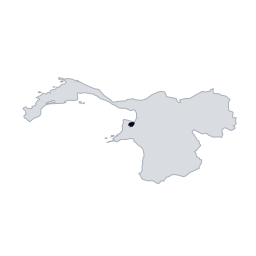 location of Ban Bueng, Chon Buri, Thailand, rotated 98°
{"feature_id": "78962969B10446742029293", "entity_name": "Ban Bueng", "entity_type": "district", "adm_level": 2, "iso_a3": "THA", "parent_name": "Thailand", "parent_adm1": "Chon Buri", "projection": "natural_earth1", "projection_center": [101.2, 13.24], "detail": "fine", "context": "in_parent", "style": "filled", "palette": "ink", "viewbox_px": 256, "rotation_deg": 98, "n_neighbors": 0, "source": "geoboundaries", "source_scale": "gbopen_adm2", "svg_char_len": 4737}
<svg xmlns="http://www.w3.org/2000/svg" viewBox="0 0 256 256"><g transform="rotate(98 128 128)"><path d="M111.0,22.9L111.2,24.0L112.1,22.6L113.4,21.9L115.8,24.9L116.1,26.2L114.3,31.0L114.6,32.7L115.7,34.0L117.1,34.7L118.5,34.5L121.3,33.1L124.3,34.0L124.1,37.2L125.2,42.3L123.7,47.5L122.2,50.0L123.3,52.3L123.4,54.4L120.5,62.4L121.1,63.0L122.9,63.9L123.7,63.7L126.7,60.5L130.1,58.0L131.2,55.9L133.3,55.2L135.1,53.4L139.5,56.6L140.7,56.9L141.2,57.5L141.5,58.8L142.0,59.0L143.8,57.2L146.8,56.0L148.0,53.2L149.4,52.4L149.2,51.0L149.7,50.5L152.1,50.4L155.8,51.8L157.1,52.2L157.8,51.8L163.7,60.8L167.5,64.2L168.4,66.5L167.6,72.5L167.7,75.9L168.5,78.6L170.2,80.4L171.4,83.0L175.8,85.5L175.4,86.1L175.7,87.7L178.5,89.6L178.7,90.3L178.4,92.7L177.2,94.5L176.9,96.0L176.9,97.9L177.6,100.7L176.8,106.5L175.1,108.1L173.0,109.3L171.8,110.9L171.0,110.5L170.5,108.9L168.2,108.0L163.7,108.8L161.4,108.4L158.4,109.0L155.4,108.8L153.7,108.1L148.7,109.4L146.7,110.5L145.2,112.2L143.0,116.4L140.7,119.1L140.7,120.1L137.9,120.8L138.1,124.4L139.7,128.4L140.2,133.3L143.3,136.8L142.7,139.3L143.1,141.7L145.5,147.2L143.8,144.6L143.4,142.8L141.3,140.1L140.7,141.4L138.2,139.3L137.2,137.3L136.8,138.2L134.4,135.3L132.0,133.8L130.6,133.0L127.1,134.1L122.8,133.3L121.1,134.0L120.4,133.6L120.0,132.7L121.2,122.3L117.4,121.1L116.7,120.4L115.9,121.2L112.2,121.6L109.5,123.5L109.2,125.1L110.4,127.9L108.9,133.0L109.4,137.9L109.2,140.5L107.3,143.9L106.8,146.6L104.7,150.7L103.3,155.9L102.9,159.0L100.4,163.6L99.8,166.2L98.9,167.2L99.3,169.3L98.9,175.6L100.4,180.2L100.0,182.4L101.7,183.1L105.8,181.7L107.2,182.1L108.1,184.6L109.1,192.1L110.8,194.4L111.3,193.3L112.1,194.5L112.7,196.7L114.9,208.6L116.0,211.7L114.7,211.0L113.9,207.2L112.7,207.1L113.2,204.7L112.4,203.8L111.2,204.5L111.2,206.4L114.5,212.3L116.5,212.5L119.1,215.1L121.9,217.0L125.4,216.3L127.8,216.9L129.3,218.5L131.5,222.6L135.3,225.9L134.7,228.0L133.2,229.7L132.5,231.9L131.4,232.6L130.1,232.6L128.5,230.7L124.8,232.4L124.0,234.2L123.0,234.6L121.4,232.7L121.5,231.6L122.6,230.0L122.3,225.9L120.1,225.9L118.6,222.8L118.1,222.5L117.0,222.9L113.5,221.5L112.5,219.6L111.4,219.7L110.7,223.0L107.6,218.6L105.4,216.8L105.8,213.5L104.3,212.8L103.7,211.9L104.2,209.9L102.2,210.2L101.3,209.6L100.1,206.1L99.1,204.7L97.8,204.7L97.4,204.0L97.5,202.2L94.2,199.7L93.2,196.9L91.6,195.6L90.6,196.0L89.7,198.0L88.9,197.9L88.2,197.3L87.4,194.5L87.5,189.5L88.5,186.7L89.1,182.0L90.6,178.1L93.8,166.7L93.9,162.3L99.3,155.9L102.8,148.6L104.0,147.5L104.5,146.1L102.7,140.2L101.8,136.2L102.0,135.1L99.7,132.3L99.1,129.1L98.5,128.1L98.3,127.1L99.1,125.2L98.7,118.2L96.2,113.4L91.7,109.0L87.8,102.4L87.2,100.1L87.1,96.8L90.3,94.6L91.6,94.4L92.1,84.6L94.9,82.7L95.4,81.9L95.7,80.2L95.1,79.3L93.3,80.9L92.9,80.5L90.7,74.7L90.2,71.2L81.3,59.3L81.7,57.4L80.4,52.2L79.1,52.1L78.2,51.2L77.3,48.9L79.0,49.2L81.9,47.9L81.4,43.0L82.6,40.1L82.8,35.3L84.9,32.5L85.2,31.1L86.4,31.0L88.0,32.0L89.6,32.0L96.2,30.8L97.1,29.5L97.5,26.9L98.2,26.1L99.7,25.9L101.4,26.4L103.2,25.3L102.9,22.3L106.1,22.8L108.1,21.4L111.0,22.9ZM89.8,199.4L89.4,203.1L88.1,203.8L87.7,201.7L88.4,198.2L88.8,199.0L89.8,199.4ZM110.1,177.8L109.9,179.6L108.8,180.1L108.5,178.1L110.1,177.8ZM137.9,140.9L139.3,143.5L137.7,143.3L137.4,140.8L137.9,140.9ZM105.0,221.9L104.3,220.8L104.9,219.1L105.5,221.2L105.0,221.9ZM91.9,199.8L91.6,201.8L91.0,199.0L91.9,199.8ZM110.2,176.2L109.6,176.0L109.0,174.8L109.8,174.8L110.2,176.2ZM97.4,205.8L98.1,208.2L97.3,207.1L97.4,205.8ZM141.5,147.6L141.3,149.2L140.6,148.5L141.0,147.4L141.5,147.6ZM88.3,185.0L87.6,185.6L88.2,184.2L88.3,185.0Z" fill="#d9dde1" stroke="#a8b0b8" stroke-width="1"/><path d="M123.3,123.1L123.2,123.1L123.2,123.3L123.1,123.2L122.9,123.2L122.7,123.1L122.5,122.9L122.4,122.9L122.4,123.0L122.5,123.2L122.5,123.3L122.5,123.5L122.5,123.4L122.4,123.4L122.2,123.4L122.2,123.5L122.3,123.5L122.4,123.8L122.5,123.8L122.5,124.0L122.5,124.3L122.4,124.5L122.3,124.8L122.4,125.0L122.4,125.3L122.5,125.4L122.6,125.5L122.6,125.8L122.8,125.9L123.0,126.0L123.3,126.1L123.4,126.4L123.5,126.5L123.7,126.8L123.8,126.8L124.0,126.9L123.9,127.0L124.0,127.0L124.2,127.3L124.3,127.2L124.8,127.2L124.7,127.0L124.7,126.9L124.7,126.7L124.7,126.4L124.7,126.2L124.8,126.0L124.8,125.9L124.8,126.0L124.8,125.9L125.0,126.1L125.2,125.9L125.3,125.9L125.4,125.7L125.5,125.7L125.4,125.6L125.4,125.4L125.4,125.2L125.5,125.1L125.5,124.9L125.5,124.7L125.5,124.8L125.5,124.7L125.4,124.7L125.5,124.7L125.4,124.7L125.5,124.7L125.4,124.7L125.5,124.7L125.5,124.4L125.4,124.4L125.3,124.2L125.2,124.1L124.9,124.0L124.8,123.9L124.7,123.9L124.8,123.9L124.7,123.9L124.4,123.8L124.4,123.7L124.2,123.6L124.1,123.4L124.0,123.2L123.9,123.2L123.9,123.3L123.7,123.2L123.4,123.1L123.4,123.3L123.3,123.2L123.3,123.1Z" fill="#0f172a" stroke="#020617" stroke-width="1.5"/></g></svg>